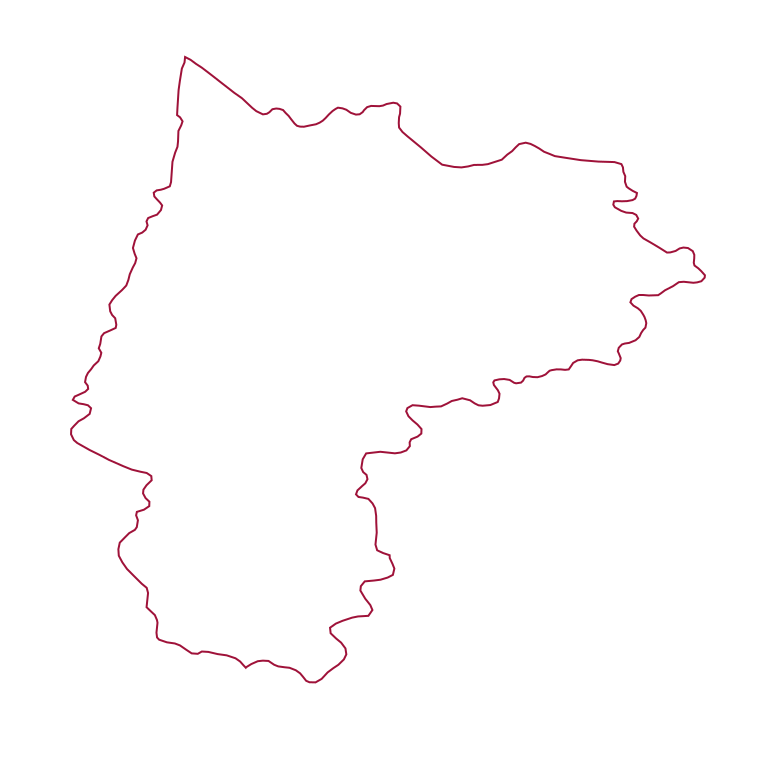 the district of Kapyl, Minsk, Belarus, rotated 6°
{"feature_id": "67162791B49789732024983", "entity_name": "Kapyl", "entity_type": "district", "adm_level": 2, "iso_a3": "BLR", "parent_name": "Belarus", "parent_adm1": "Minsk", "projection": "robinson", "projection_center": [27.145, 53.093], "detail": "fine", "context": "isolated", "style": "outline", "palette": "rose", "viewbox_px": 768, "rotation_deg": 6, "n_neighbors": 0, "source": "geoboundaries", "source_scale": "gbopen_adm2", "svg_char_len": 5371}
<svg xmlns="http://www.w3.org/2000/svg" viewBox="0 0 768 768"><g transform="rotate(6 384 384)"><path d="M407.5,553.7L400.7,552.2L394.6,550.1L392.3,544.6L392.3,532.6L390.8,522.7L390.0,516.0L388.1,508.4L385.1,504.0L380.5,499.9L375.0,499.2L370.4,499.0L367.7,496.7L368.7,492.6L373.0,487.7L375.8,484.7L377.5,480.4L376.1,476.2L372.5,473.8L370.2,469.9L370.7,461.1L373.5,454.9L387.4,451.8L395.3,451.8L402.1,451.8L407.8,450.4L413.2,447.7L416.2,443.1L415.6,439.3L416.8,436.1L422.9,432.8L426.3,429.4L426.0,424.9L421.5,420.8L416.2,417.2L411.7,413.5L408.9,408.9L409.8,405.5L414.6,402.1L421.0,401.9L432.5,402.1L437.3,401.2L443.1,400.3L448.8,396.9L453.2,393.8L458.8,391.9L463.3,390.0L471.3,391.2L476.2,393.8L480.2,395.3L484.4,395.3L492.0,393.8L499.0,390.0L499.9,386.3L499.9,381.6L497.9,378.3L493.4,373.5L492.5,370.9L493.5,368.9L498.2,367.3L502.9,366.5L508.5,366.8L513.3,369.2L515.3,369.5L520.1,368.3L522.0,366.1L523.1,363.2L524.9,361.6L527.7,361.2L531.3,361.5L535.9,361.2L540.3,359.6L543.7,357.6L545.6,355.4L547.3,353.5L549.3,352.7L554.1,351.4L558.3,351.0L562.6,351.0L566.2,350.2L568.4,346.2L569.9,343.3L574.1,340.2L578.5,339.1L585.3,338.6L589.0,338.6L594.2,339.1L598.4,339.9L604.4,340.9L611.1,341.1L614.8,339.2L616.5,336.0L616.7,333.5L614.3,329.0L613.1,327.0L613.7,323.4L616.5,319.8L619.2,318.6L623.5,317.5L629.6,314.2L633.0,310.5L634.4,306.4L636.1,303.2L638.1,300.6L638.5,296.1L637.6,293.3L636.1,290.2L634.6,288.0L631.7,284.4L628.6,282.2L623.9,280.0L620.5,277.0L621.3,273.7L624.7,270.9L628.3,268.8L632.2,268.4L638.0,268.3L647.4,267.0L649.9,264.9L653.7,261.4L661.3,256.4L666.6,251.9L671.4,251.0L675.1,251.0L681.1,251.0L684.8,250.2L688.9,248.6L691.8,244.7L691.8,242.3L687.6,238.5L684.5,236.1L680.4,233.7L679.4,231.1L679.4,226.7L679.1,223.1L677.2,219.6L672.1,217.0L667.5,217.0L663.8,218.3L660.1,221.2L655.0,223.2L651.7,223.7L643.6,219.7L634.1,215.3L626.8,212.1L623.3,209.5L619.2,205.1L616.3,201.4L616.3,198.4L618.4,195.7L619.5,192.9L617.2,189.5L613.3,188.0L606.9,188.2L601.8,187.0L595.1,184.1L593.3,181.7L593.6,178.4L596.8,177.7L601.6,177.4L606.6,176.7L612.0,175.1L614.4,173.4L615.4,170.6L615.6,167.6L611.1,165.9L606.9,163.8L604.7,162.4L602.5,157.7L602.2,152.1L599.9,148.0L599.0,143.6L597.6,141.3L597.1,140.5L590.0,139.2L574.0,140.4L556.3,140.8L539.7,140.0L530.1,139.5L524.7,137.9L518.9,136.3L513.8,133.6L509.0,131.5L504.6,129.9L499.7,129.2L493.3,131.3L490.2,134.9L487.1,139.0L482.6,143.0L477.7,148.6L464.3,154.5L458.8,155.8L450.7,156.7L445.0,158.8L438.4,160.5L431.0,160.8L418.9,159.8L407.3,152.8L395.9,144.8L381.4,135.2L376.1,131.5L372.2,127.4L371.4,123.0L371.1,117.0L371.7,113.5L371.3,106.4L367.7,103.6L363.8,103.3L357.3,105.3L353.9,107.2L350.3,108.2L346.2,108.5L342.1,108.8L338.3,110.4L335.5,113.8L334.4,115.8L331.6,118.3L327.9,119.0L322.6,117.8L317.9,115.2L313.9,114.2L309.3,114.0L307.1,115.5L304.3,117.9L301.0,121.7L298.1,125.6L295.6,128.5L292.7,130.8L289.2,132.8L283.3,134.6L277.5,136.5L273.6,136.8L270.5,136.3L267.8,134.3L263.7,130.1L261.2,127.4L257.8,124.7L255.0,122.1L251.3,121.3L248.0,121.3L244.3,122.4L241.6,125.7L239.3,127.5L235.4,128.5L228.5,126.0L224.0,123.1L212.8,114.6L204.7,110.1L191.7,102.0L179.7,94.5L169.7,88.4L163.8,85.4L157.7,81.8L152.0,79.6L152.0,85.1L150.0,91.4L149.3,104.1L149.0,113.2L149.7,130.6L150.1,138.2L153.3,140.1L156.2,143.8L155.3,147.9L153.1,153.8L153.8,164.3L153.8,169.7L152.1,175.8L150.4,185.1L151.1,205.5L150.3,209.8L145.0,212.8L141.8,214.1L137.7,215.2L135.0,217.8L136.0,221.5L138.9,224.1L142.3,227.0L144.7,229.6L144.0,234.3L140.6,239.3L136.4,241.3L132.1,243.6L130.8,247.1L132.3,250.9L130.8,255.5L127.7,258.7L123.6,261.0L121.3,267.4L120.1,275.0L122.4,280.5L124.7,284.8L123.9,289.8L122.0,294.4L119.7,301.4L118.9,307.2L117.4,313.0L113.6,318.0L107.9,324.4L104.9,329.0L102.6,333.7L104.1,340.3L106.4,343.8L109.8,346.7L111.6,353.1L111.3,356.3L105.9,359.5L100.3,362.7L98.0,366.2L97.6,373.8L96.6,378.3L99.6,382.5L99.1,386.2L97.5,391.2L93.4,395.9L91.1,400.0L88.4,404.0L86.9,408.1L86.5,413.4L89.5,416.6L90.3,419.8L87.6,423.0L81.2,426.8L77.7,428.8L76.2,432.3L82.3,435.2L87.6,435.5L91.8,436.1L95.2,438.7L94.4,444.5L89.1,449.5L84.1,453.0L80.0,458.2L77.7,461.4L78.0,466.7L81.4,472.2L85.2,474.8L98.1,480.4L108.4,484.2L118.6,488.3L133.0,492.9L142.1,495.5L150.9,496.7L157.3,497.3L162.2,499.9L163.0,504.0L158.4,509.5L155.8,514.2L155.8,518.0L158.8,522.4L163.0,525.6L163.3,530.0L158.4,534.1L151.6,537.0L151.2,540.5L153.5,545.2L153.1,552.2L151.5,555.1L146.2,558.9L142.4,563.6L137.8,569.4L137.1,576.1L138.2,582.5L142.4,588.7L147.7,594.8L155.3,601.0L164.0,608.0L169.3,611.5L171.2,616.5L171.2,621.7L171.2,630.8L176.1,634.6L180.3,637.8L182.9,642.5L183.7,645.1L183.7,649.8L183.7,655.1L184.8,659.8L187.1,661.8L195.1,663.6L203.1,663.9L208.4,665.3L214.8,668.8L220.9,672.0L227.0,671.8L230.8,669.1L237.3,668.8L246.8,670.0L255.9,670.3L265.0,672.3L269.9,675.0L273.4,678.2L276.2,680.6L276.4,680.2L281.3,676.4L287.4,672.9L292.4,671.8L298.1,671.5L304.1,674.7L308.3,675.9L314.8,676.1L319.7,676.1L326.2,677.9L330.8,680.5L334.2,683.8L337.6,687.3L341.0,688.4L347.1,687.9L352.8,683.8L358.1,676.7L363.4,671.8L368.0,668.0L372.9,662.1L374.8,656.8L373.3,651.0L368.4,645.7L363.1,642.2L357.0,637.5L355.8,632.0L361.2,627.3L367.6,623.8L376.7,619.7L382.4,617.9L392.7,616.2L396.1,610.0L393.5,605.3L387.8,599.5L382.1,591.9L382.1,587.5L385.5,582.3L394.6,580.5L401.0,579.0L407.9,576.1L412.8,572.9L413.6,566.5L411.3,562.1L407.9,556.5L407.5,553.7Z" fill="none" stroke="#9f1239" stroke-width="2"/></g></svg>